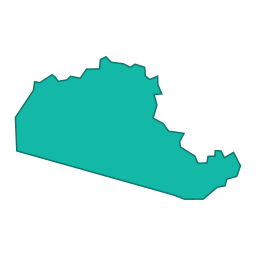 Amelia, Virginia, United States of America (Robinson projection)
{"feature_id": "52423323B30039093063253", "entity_name": "Amelia", "entity_type": "district", "adm_level": 2, "iso_a3": "USA", "parent_name": "United States of America", "parent_adm1": "Virginia", "projection": "robinson", "projection_center": [-77.89, 37.345], "detail": "fine", "context": "isolated", "style": "filled", "palette": "teal", "viewbox_px": 256, "rotation_deg": 0, "n_neighbors": 0, "source": "geoboundaries", "source_scale": "gbopen_adm2", "svg_char_len": 719}
<svg xmlns="http://www.w3.org/2000/svg" viewBox="0 0 256 256"><path d="M184.6,199.2L203.2,199.1L217.3,187.2L225.0,185.8L226.7,179.3L236.8,176.2L240.6,165.4L240.0,165.0L233.5,152.4L224.3,157.7L221.0,150.9L215.3,150.6L214.9,156.2L208.1,156.3L206.9,162.9L197.9,163.2L194.8,156.1L180.4,147.0L179.6,141.7L184.0,133.4L168.6,131.2L163.1,123.5L153.1,118.2L156.9,105.1L154.1,94.5L161.8,93.9L157.9,84.9L157.6,76.2L149.7,79.5L145.4,76.0L144.6,67.3L135.1,64.2L130.4,67.3L123.0,63.7L111.3,62.3L106.0,56.8L100.4,59.6L99.5,68.9L86.5,69.1L80.3,78.2L70.6,76.3L67.0,79.9L58.1,81.3L55.1,77.0L52.1,74.7L39.9,82.7L34.7,81.7L33.3,90.6L15.4,117.4L16.8,150.9L173.0,194.8L184.6,199.2Z" fill="#14b8a6" stroke="#0f766e" stroke-width="1.5"/></svg>